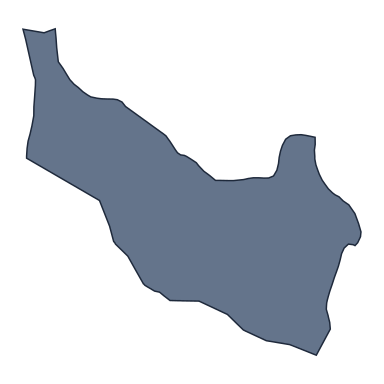 the district of Al Hujjaylah, Al Hudaydah, Yemen
{"feature_id": "15242507B15912619562849", "entity_name": "Al Hujjaylah", "entity_type": "district", "adm_level": 2, "iso_a3": "YEM", "parent_name": "Yemen", "parent_adm1": "Al Hudaydah", "projection": "equal_earth", "projection_center": [43.594, 14.987], "detail": "fine", "context": "isolated", "style": "filled", "palette": "slate", "viewbox_px": 384, "rotation_deg": 0, "n_neighbors": 0, "source": "geoboundaries", "source_scale": "gbopen_adm2", "svg_char_len": 2230}
<svg xmlns="http://www.w3.org/2000/svg" viewBox="0 0 384 384"><path d="M315.1,137.3L310.9,136.4L305.9,135.4L301.9,134.8L301.0,134.7L295.9,134.9L291.4,135.6L290.9,135.7L290.4,135.8L285.7,139.2L285.4,139.7L284.7,141.1L282.5,145.2L281.9,146.9L280.5,151.2L279.2,157.3L278.5,163.6L276.9,170.2L274.4,174.5L273.5,176.0L270.1,177.4L269.1,177.8L268.7,178.0L264.6,178.1L263.5,178.1L262.6,178.0L258.4,177.8L257.5,177.8L255.2,177.8L253.4,177.8L250.4,178.2L249.8,178.3L249.3,178.4L248.3,178.5L245.8,179.1L243.4,179.6L238.5,180.1L233.5,180.6L229.1,180.6L228.7,180.6L223.7,180.5L219.0,180.4L218.7,180.4L215.5,180.4L209.6,175.5L203.9,171.3L198.6,165.7L196.3,162.7L190.7,159.0L186.5,156.4L184.3,155.4L180.6,154.9L177.5,152.8L175.3,149.7L172.6,145.5L169.8,141.2L167.8,138.5L166.0,135.9L163.3,133.8L159.8,131.3L125.5,106.5L122.0,102.0L117.3,99.7L113.1,99.1L107.1,99.0L101.7,98.8L96.9,98.2L95.1,97.8L90.8,96.9L87.4,94.9L82.8,91.7L78.5,87.7L74.0,84.2L69.8,79.6L66.0,73.4L63.0,68.4L58.3,61.8L56.7,47.7L56.0,37.6L55.5,32.4L55.2,28.8L49.5,30.8L44.1,32.8L23.0,29.2L25.7,39.5L33.7,75.2L34.9,77.9L35.5,79.7L35.4,85.4L34.8,94.3L33.9,106.8L33.8,115.7L31.9,126.1L31.3,128.6L30.1,133.9L28.1,141.1L27.1,148.3L26.6,156.1L26.6,158.2L99.5,200.5L109.6,226.2L113.7,241.6L114.6,242.4L115.5,244.1L127.8,256.1L135.2,269.3L141.2,279.9L143.4,283.8L143.6,283.8L144.9,285.3L148.0,287.2L154.6,291.1L158.8,292.0L159.6,292.2L164.3,296.1L164.7,296.4L170.0,300.5L177.8,300.7L178.3,300.7L180.3,300.7L181.3,300.8L199.0,301.1L223.3,312.5L227.4,314.4L237.3,324.1L243.4,330.0L244.5,330.5L245.4,331.0L258.8,337.2L266.3,340.7L289.7,344.6L316.3,355.2L330.3,329.1L329.7,322.4L328.3,316.7L328.2,316.0L326.3,309.3L326.5,305.4L326.7,302.8L327.4,299.7L328.2,296.7L329.5,292.2L330.0,290.6L332.1,284.5L332.4,283.6L334.2,278.0L335.4,274.6L336.3,272.2L338.4,266.2L340.2,259.7L341.6,253.6L343.5,249.5L344.1,248.1L348.4,244.1L353.2,244.7L355.0,245.6L357.7,242.7L360.5,236.7L360.9,232.6L361.0,232.0L358.6,223.7L354.9,213.6L351.9,209.3L348.7,204.7L347.4,203.9L343.1,200.9L339.0,196.8L335.2,194.9L332.4,192.8L328.3,188.8L324.7,183.8L322.2,180.2L319.3,174.3L317.8,170.3L315.9,164.8L314.8,159.0L314.8,156.4L314.4,150.1L315.2,144.4L315.1,137.3Z" fill="#64748b" stroke="#1e293b" stroke-width="1.5"/></svg>